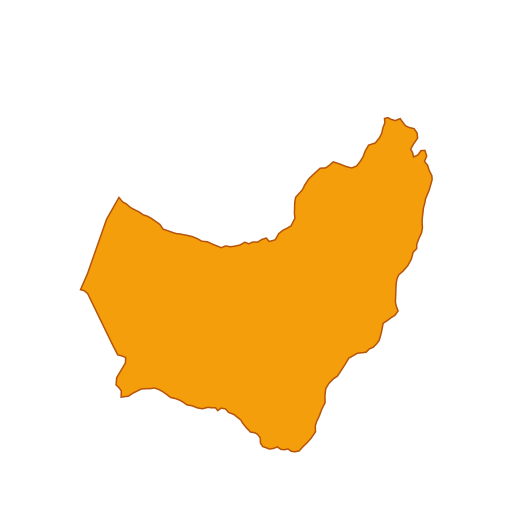 Poço Verde, Sergipe, Brazil (Equal Earth projection), rotated 202°
{"feature_id": "56859067B32075559146104", "entity_name": "Poço Verde", "entity_type": "district", "adm_level": 2, "iso_a3": "BRA", "parent_name": "Brazil", "parent_adm1": "Sergipe", "projection": "equal_earth", "projection_center": [-38.14, -10.822], "detail": "fine", "context": "isolated", "style": "filled", "palette": "amber", "viewbox_px": 512, "rotation_deg": 202, "n_neighbors": 0, "source": "geoboundaries", "source_scale": "gbopen_adm2", "svg_char_len": 2691}
<svg xmlns="http://www.w3.org/2000/svg" viewBox="0 0 512 512"><g transform="rotate(202 256 256)"><path d="M406.1,159.0L402.2,159.5L398.0,158.1L362.0,125.6L355.8,120.0L347.1,112.5L343.3,113.1L338.8,113.1L337.0,107.8L339.6,91.0L337.5,84.1L333.7,82.6L330.3,80.4L328.2,74.6L324.7,76.6L321.7,78.3L319.1,82.3L315.8,86.0L312.4,89.8L308.0,91.9L304.5,93.3L300.7,95.6L296.3,95.8L291.8,95.3L287.0,94.2L282.2,92.8L276.7,93.7L272.2,93.7L268.9,93.2L264.3,92.1L258.9,93.2L253.7,93.2L248.6,94.2L243.8,97.7L240.4,98.6L236.6,100.1L233.6,98.3L231.3,101.9L227.0,102.8L222.8,100.7L217.2,100.8L211.8,99.2L208.7,98.3L205.9,96.1L200.9,93.3L195.2,90.7L190.8,91.7L187.6,91.2L183.9,88.9L181.8,84.2L178.3,81.8L175.1,82.0L171.3,82.0L167.7,84.1L164.7,87.0L160.5,86.0L157.2,87.0L154.0,89.1L150.1,88.1L146.5,89.1L143.0,91.4L141.0,96.8L138.9,101.5L136.7,107.6L135.0,115.3L137.4,120.7L137.8,125.3L137.4,131.5L137.6,138.2L137.0,146.0L139.7,152.1L141.6,159.0L140.8,164.9L138.3,171.0L135.5,175.2L134.1,182.2L132.7,189.5L131.7,196.0L128.4,200.2L125.6,203.8L121.3,206.1L117.8,208.1L116.2,212.2L113.1,215.4L111.4,219.5L110.2,223.6L110.6,228.3L111.3,233.2L112.9,241.2L109.6,246.1L107.4,249.8L104.9,253.1L103.7,258.3L107.3,262.2L109.5,265.5L111.5,271.2L113.8,277.4L115.9,283.6L116.7,287.7L116.6,292.0L114.1,296.9L111.7,303.7L110.8,311.2L111.7,318.4L109.8,322.9L111.4,327.3L111.5,333.3L111.2,339.4L112.2,344.4L115.2,350.8L117.3,358.1L118.8,363.5L119.3,368.0L120.2,372.4L120.2,377.1L120.1,381.6L120.7,387.5L121.3,392.8L123.0,396.3L127.4,400.1L130.8,404.3L135.2,406.8L135.2,412.7L139.0,417.2L142.5,415.5L143.8,410.2L147.0,406.9L149.8,410.8L152.6,412.9L151.9,418.8L150.3,425.8L152.7,430.4L157.2,433.3L162.1,432.5L166.3,432.8L170.1,435.0L173.8,437.4L177.6,433.7L182.0,433.3L185.6,433.7L188.4,431.6L186.4,427.9L186.3,422.0L185.4,416.9L185.8,412.0L187.7,405.5L193.1,401.0L194.0,394.7L193.9,387.9L195.0,382.0L196.4,377.2L200.2,373.5L205.7,372.7L209.5,372.7L214.3,372.6L219.7,372.2L221.7,368.0L224.4,363.8L229.4,361.4L232.8,354.4L236.0,347.2L237.4,340.2L237.7,335.1L239.5,330.1L241.2,325.4L240.3,320.6L238.2,314.9L236.4,310.0L234.0,305.5L234.8,297.1L237.4,293.6L240.9,289.7L243.3,285.2L244.2,278.2L249.2,274.4L253.2,276.5L256.9,273.4L259.7,269.5L264.5,267.6L267.2,264.6L271.5,264.6L274.8,260.4L278.6,257.6L283.1,255.0L287.8,254.0L291.3,250.7L294.9,250.7L301.0,250.7L306.3,251.0L311.8,249.4L316.8,250.1L322.2,250.1L327.5,249.4L331.1,248.6L334.6,248.0L337.9,247.0L341.7,246.6L347.1,246.4L352.3,246.1L356.8,249.2L362.9,250.7L368.3,251.9L372.0,252.2L376.0,251.9L381.0,253.1L386.0,253.4L390.9,254.0L395.6,255.7L399.9,256.2L405.0,258.9L408.3,234.2L407.4,214.7L405.6,176.3L406.1,159.0Z" fill="#f59e0b" stroke="#b45309" stroke-width="1.5"/></g></svg>